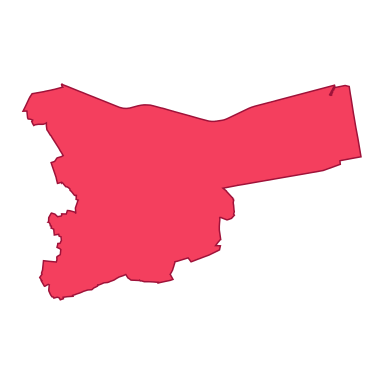 the district of Slampes pag., Tukums, Latvia
{"feature_id": "27541924B56593653615616", "entity_name": "Slampes pag.", "entity_type": "district", "adm_level": 2, "iso_a3": "LVA", "parent_name": "Latvia", "parent_adm1": "Tukums", "projection": "orthographic", "projection_center": [23.272, 56.873], "detail": "fine", "context": "isolated", "style": "filled", "palette": "rose", "viewbox_px": 384, "rotation_deg": 0, "n_neighbors": 0, "source": "geoboundaries", "source_scale": "gbopen_adm2", "svg_char_len": 5489}
<svg xmlns="http://www.w3.org/2000/svg" viewBox="0 0 384 384"><path d="M349.2,86.5L345.1,85.5L334.8,87.6L334.3,88.2L334.2,88.6L334.0,88.9L333.9,89.4L333.8,89.9L333.5,90.0L333.3,90.0L332.4,91.8L332.6,92.3L331.1,94.8L331.6,95.1L331.4,95.3L330.8,95.3L330.3,95.3L329.6,94.8L331.0,92.3L331.4,91.3L332.6,89.4L332.8,88.7L333.2,88.0L333.8,87.2L334.8,86.2L334.5,85.2L266.0,103.3L254.9,106.2L252.7,106.9L251.7,107.2L250.4,107.7L248.7,108.4L228.4,118.1L227.3,118.6L226.2,119.1L224.8,119.6L224.0,119.9L222.1,120.3L217.4,121.0L215.7,121.3L215.4,121.2L214.6,121.4L213.0,121.4L211.6,121.4L209.8,121.2L209.0,121.1L207.7,120.8L200.1,118.8L195.5,117.5L189.9,115.9L189.5,115.7L189.2,115.7L173.9,111.5L173.1,111.2L172.9,111.2L165.9,109.2L165.7,109.1L164.0,108.6L162.0,108.1L161.3,108.0L153.2,105.8L151.8,105.5L150.7,105.2L149.9,105.1L148.1,105.0L145.9,104.9L144.8,104.9L143.8,104.9L142.0,105.1L141.2,105.2L139.6,105.5L138.1,105.8L131.4,107.6L129.5,108.1L128.4,108.2L127.0,108.4L125.6,108.4L123.8,108.3L123.3,108.3L121.3,107.8L119.6,107.4L118.1,106.8L98.1,98.8L97.4,98.5L96.1,98.0L95.2,97.6L87.8,94.7L82.7,92.6L79.3,91.3L67.0,86.3L64.3,85.3L62.8,84.7L62.4,84.2L61.7,84.2L61.5,84.7L62.1,86.3L62.8,87.1L55.0,89.2L54.7,89.3L52.7,89.7L50.7,90.2L45.1,91.3L44.1,91.6L37.9,92.7L36.6,92.9L36.2,93.0L32.8,93.6L32.1,93.7L30.6,96.0L30.2,96.5L30.3,96.6L30.1,97.0L29.3,98.1L26.4,104.3L25.6,106.0L23.8,109.6L23.0,111.2L24.8,111.1L26.9,111.1L27.6,117.9L28.2,119.0L29.6,119.1L30.2,119.2L31.0,119.4L32.4,120.0L32.7,120.1L32.5,120.8L32.4,120.8L31.7,121.4L32.6,123.5L33.6,125.2L33.8,125.5L34.3,125.2L35.1,124.8L36.4,124.6L38.3,124.3L39.4,124.3L40.0,124.3L42.6,124.3L43.5,124.2L44.1,124.0L45.2,123.6L46.1,123.2L46.4,123.0L46.4,126.0L46.7,128.3L46.8,129.2L46.9,129.5L47.0,129.8L47.2,130.3L47.9,131.1L48.4,132.0L50.5,135.4L50.9,135.5L52.4,138.1L58.4,147.5L59.1,148.6L59.7,149.8L60.2,150.7L61.5,152.7L63.2,155.6L61.2,156.7L60.1,157.0L57.4,157.8L57.1,158.0L56.8,158.2L56.5,158.6L55.9,159.7L55.5,160.2L55.2,160.7L54.6,161.3L54.2,161.6L51.1,162.6L51.8,164.8L54.0,171.2L55.7,176.2L56.1,177.4L56.5,179.4L57.5,183.4L61.7,182.3L61.8,182.5L61.8,182.8L61.9,182.7L62.5,182.9L62.6,183.0L63.3,183.7L63.8,184.4L65.6,186.5L65.8,186.7L66.0,186.8L66.6,186.8L66.8,186.8L67.0,186.8L68.5,187.7L68.8,188.0L69.7,188.7L69.8,188.8L70.1,190.4L70.8,190.9L72.0,192.2L74.2,195.0L74.4,195.2L75.1,195.5L75.1,195.3L76.4,195.4L76.3,196.3L76.1,199.4L78.2,200.1L77.6,201.4L77.3,202.5L75.4,208.0L75.4,208.3L75.5,209.5L75.6,210.5L75.6,211.4L75.8,212.9L75.5,213.0L75.4,212.8L74.7,212.2L74.1,211.9L70.1,210.8L69.6,210.7L67.4,210.5L66.3,214.0L62.5,213.9L61.6,213.9L61.7,215.1L61.6,215.3L61.6,215.5L61.4,215.8L61.1,216.0L60.7,216.1L57.6,216.7L54.9,214.1L51.7,213.1L51.4,213.1L51.1,213.4L48.8,217.5L48.7,217.9L48.6,220.7L48.5,221.6L48.1,222.1L48.5,222.1L49.6,223.1L50.3,224.5L50.1,224.8L50.2,225.2L50.4,225.9L51.4,226.1L51.4,226.3L51.3,227.7L51.1,228.0L53.7,229.2L54.3,235.0L58.7,234.3L59.1,236.1L60.9,236.8L61.0,236.8L61.2,238.7L61.3,240.2L61.4,240.5L60.7,241.7L60.6,241.9L60.5,242.4L60.3,242.8L59.8,243.4L58.0,243.4L57.9,243.4L57.8,243.5L57.7,244.6L57.1,246.8L57.0,247.4L59.0,248.3L59.5,248.5L60.8,249.5L60.3,254.4L60.2,254.7L57.2,256.5L56.9,256.9L56.8,257.3L56.9,259.2L56.9,259.8L56.8,260.2L56.3,262.0L49.0,261.3L43.5,260.7L42.5,270.4L42.4,270.4L41.5,273.1L42.0,274.2L39.7,277.5L41.6,280.4L41.7,280.5L41.2,280.7L41.3,280.9L41.4,281.0L44.3,286.1L44.8,286.3L45.0,286.2L48.1,284.4L48.8,284.6L48.9,284.8L49.0,284.9L49.3,285.0L49.2,285.3L48.8,289.2L48.8,290.8L49.9,293.3L50.5,294.6L50.6,294.8L52.0,296.8L53.6,297.2L53.7,297.3L53.9,298.1L57.2,297.2L59.0,297.7L59.7,298.7L60.3,299.8L62.0,299.2L63.4,298.7L63.1,297.3L67.1,296.7L73.0,296.3L72.6,295.4L75.5,294.5L76.2,294.1L76.3,294.1L79.7,293.0L81.9,292.1L82.8,291.7L83.0,291.5L87.7,290.0L91.8,289.7L93.9,287.9L94.5,287.6L95.4,287.2L97.5,286.1L97.7,285.1L98.1,285.2L98.2,284.8L99.0,284.9L102.0,283.7L102.8,283.3L104.1,282.8L106.5,282.6L107.1,282.5L107.6,282.5L109.0,282.0L109.9,281.6L110.5,281.3L111.2,281.1L112.0,280.8L113.9,280.1L114.9,279.5L116.6,278.4L119.1,277.0L123.3,275.6L125.8,274.5L126.8,276.1L127.9,277.9L129.3,278.8L131.0,280.1L135.4,280.3L137.3,280.4L139.1,280.5L139.6,280.1L140.2,280.9L141.6,280.9L144.2,281.7L148.7,281.7L152.9,281.9L156.6,282.2L158.5,282.3L158.4,282.7L158.3,283.0L160.2,282.5L165.3,281.4L170.2,280.4L173.0,279.4L170.3,274.5L170.2,274.4L170.3,274.3L170.6,273.5L171.3,272.5L172.0,271.1L172.7,269.8L172.9,268.8L173.5,267.1L174.9,262.4L175.0,261.8L175.0,261.7L177.0,261.3L188.1,257.9L189.6,259.8L191.0,261.8L191.5,261.7L198.4,259.0L199.6,258.6L202.9,257.3L208.9,255.1L219.5,249.9L219.8,248.4L220.4,245.8L215.6,245.6L216.9,243.8L217.7,242.7L220.1,239.9L220.3,239.6L220.7,239.5L220.6,239.0L220.5,238.1L220.2,236.1L219.9,234.0L219.4,230.7L219.3,229.7L219.3,227.3L219.3,226.3L219.5,223.3L219.7,221.1L219.8,220.2L219.8,219.3L219.7,217.8L219.9,217.8L219.9,217.5L221.1,217.5L221.3,217.7L227.0,219.9L228.7,219.4L231.5,218.4L234.4,215.2L233.6,214.1L234.3,211.7L234.0,210.1L233.6,205.2L233.3,203.6L233.3,203.4L233.3,202.8L233.2,202.6L233.6,200.6L233.7,200.3L233.3,199.8L233.5,199.5L233.5,199.4L233.2,199.4L232.7,198.0L232.5,197.7L232.3,197.7L226.7,191.6L226.4,191.3L226.4,191.0L223.0,188.2L237.5,185.4L237.8,185.2L237.9,185.3L238.0,185.3L243.5,184.4L255.5,182.3L280.2,178.0L301.7,174.3L323.2,170.5L340.3,164.3L339.9,160.8L341.0,160.5L354.3,158.0L361.0,156.8L357.9,138.4L355.9,127.8L354.5,119.5L354.1,117.1L353.5,113.8L351.2,99.0L350.3,93.8L349.2,86.5Z" fill="#f43f5e" stroke="#9f1239" stroke-width="1.5"/></svg>